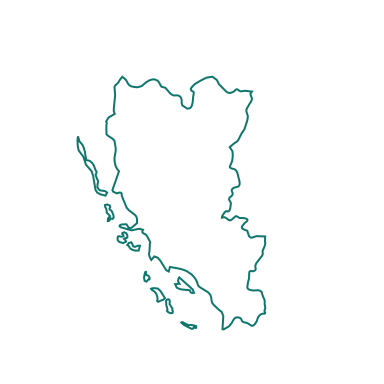 map outline of Villa Clara (Mercator projection), rotated 212°
{"feature_id": "CUB-1431", "entity_name": "Villa Clara", "entity_type": "Province", "adm_level": 1, "iso_a3": "CUB", "parent_name": "Cuba", "parent_adm1": "", "projection": "mercator", "projection_center": [-80.068, 22.547], "detail": "fine", "context": "isolated", "style": "outline", "palette": "teal", "viewbox_px": 384, "rotation_deg": 212, "n_neighbors": 0, "source": "natural_earth", "source_scale": "10m", "svg_char_len": 6025}
<svg xmlns="http://www.w3.org/2000/svg" viewBox="0 0 384 384"><g transform="rotate(212 192 192)"><path d="M93.4,91.8L99.8,103.5L103.5,106.1L106.3,106.3L113.5,107.7L116.2,108.7L117.9,110.3L119.7,112.6L122.1,114.6L125.3,115.5L135.3,115.4L137.5,116.1L140.2,118.5L143.0,120.1L146.0,121.2L149.0,121.9L154.9,122.1L160.4,120.9L171.0,116.8L169.6,112.2L172.6,112.1L182.1,116.8L186.2,118.1L189.8,117.4L190.5,112.8L192.4,113.8L194.3,115.2L195.8,116.9L196.4,118.7L200.4,126.0L200.8,127.3L207.6,131.2L208.5,131.4L211.7,131.2L212.9,131.7L213.4,132.6L213.5,134.0L217.2,132.9L223.0,127.4L233.9,124.3L235.4,124.7L235.4,126.1L233.8,127.7L230.5,129.9L226.4,128.0L224.4,129.5L222.1,136.5L224.0,139.5L225.1,140.8L226.8,141.9L228.7,142.4L236.0,143.1L239.2,144.1L249.6,151.6L250.8,153.4L251.9,153.7L252.9,153.3L254.0,152.3L254.7,151.4L254.9,151.0L259.0,150.5L260.5,151.4L264.9,170.9L267.7,171.9L269.8,173.0L271.7,174.6L273.7,176.8L275.8,179.8L278.2,185.8L279.8,188.6L284.3,193.7L285.3,194.6L288.0,195.1L293.1,195.2L295.2,195.7L299.9,203.1L300.8,205.3L302.2,206.5L302.2,211.1L298.9,217.3L301.0,218.9L302.5,221.3L308.4,233.2L313.5,240.2L313.6,241.6L312.9,244.0L312.5,246.3L312.6,249.4L312.1,252.8L307.5,252.1L303.1,249.7L301.4,249.3L299.2,249.5L296.1,250.7L293.9,251.8L290.8,255.1L289.8,258.5L288.9,260.9L287.6,263.6L286.1,265.6L284.5,267.1L282.5,267.9L280.0,268.2L277.5,267.2L275.9,266.2L273.5,265.1L269.9,266.3L262.6,264.0L261.0,263.9L258.6,264.2L256.1,265.9L254.8,266.6L253.3,266.7L251.4,266.2L249.6,264.6L248.7,263.3L248.0,262.0L246.0,260.3L240.1,260.2L238.2,261.9L237.8,263.2L237.9,265.2L239.0,268.5L241.6,273.6L242.4,275.7L243.0,277.0L243.6,277.6L244.4,277.7L246.3,277.7L247.1,278.1L247.8,279.1L247.6,281.6L246.7,285.2L243.7,291.1L240.2,296.8L235.8,300.6L230.5,300.2L228.0,298.9L227.2,298.2L225.9,297.6L215.6,295.2L213.9,295.4L212.1,296.2L210.3,298.4L209.6,299.9L209.2,301.6L208.8,302.5L207.9,303.1L205.2,302.9L204.0,303.2L200.7,305.9L194.4,308.9L194.5,306.3L194.3,305.9L190.7,303.1L190.1,301.5L189.8,299.6L189.9,296.8L189.7,291.7L189.2,290.1L188.2,288.8L184.9,286.0L183.7,283.7L182.8,281.1L180.9,273.5L180.8,271.9L181.0,268.1L180.3,260.7L180.5,258.9L181.2,257.3L181.8,256.2L183.8,250.0L179.3,248.0L177.1,245.1L175.6,242.3L174.6,240.1L174.1,238.3L173.5,234.0L173.2,233.3L172.8,233.0L172.1,232.8L171.2,232.9L168.5,233.7L167.2,233.8L166.0,233.6L163.8,232.4L157.3,226.1L156.2,224.6L155.6,223.4L155.5,221.3L158.9,217.6L159.5,215.1L159.0,214.2L158.3,213.5L157.1,212.8L156.3,211.4L156.2,210.4L156.5,209.0L157.2,207.3L156.7,205.3L153.3,203.4L152.7,202.4L150.7,197.8L150.5,196.1L150.6,195.1L151.1,194.6L152.9,193.9L153.3,193.0L153.6,191.3L153.6,187.9L153.3,186.7L153.0,186.1L151.7,187.4L151.1,187.8L150.1,188.0L148.9,188.0L146.5,187.7L145.4,187.8L144.8,188.0L144.2,188.7L143.6,190.0L142.2,194.3L141.9,194.8L141.3,195.1L138.0,195.2L137.2,195.5L135.2,196.8L134.0,197.4L132.0,198.1L131.1,198.1L130.3,197.9L130.0,197.4L129.9,196.9L130.0,196.1L130.9,193.5L131.2,191.7L131.3,188.9L130.5,187.9L129.0,187.6L124.6,188.4L120.4,184.9L119.5,184.6L118.0,184.5L117.1,184.9L116.4,185.6L116.0,186.3L113.8,188.8L106.4,193.1L103.9,188.7L102.7,187.5L102.0,185.6L101.5,183.6L101.0,179.8L100.2,178.3L99.4,177.4L99.0,176.6L98.8,175.2L99.7,166.2L99.6,164.5L99.3,163.2L98.5,161.9L97.2,160.6L96.9,159.7L97.1,158.6L98.1,157.2L100.7,155.9L101.0,154.9L100.5,153.5L97.8,148.9L96.6,144.9L94.8,140.9L94.3,140.1L93.0,139.5L91.3,139.6L87.8,140.9L84.3,143.5L83.0,144.1L80.2,144.3L76.6,141.1L73.6,139.2L72.9,138.5L70.7,135.1L68.9,133.1L68.3,132.2L68.0,131.3L67.8,130.0L67.4,129.4L66.1,128.5L65.8,128.0L66.0,127.3L67.3,126.5L68.2,125.6L69.1,124.2L69.6,121.4L69.4,119.9L68.7,116.9L68.6,114.8L68.7,113.3L69.2,111.4L69.8,110.6L70.7,110.1L75.2,110.2L75.9,110.1L78.4,109.2L80.2,108.9L80.9,109.0L81.6,109.4L83.2,110.5L84.0,110.6L85.0,110.5L86.8,110.0L88.1,108.9L89.0,107.4L89.1,104.2L88.9,102.2L89.4,97.8L92.3,92.3L93.4,91.8ZM314.2,175.2L311.2,174.4L309.5,173.7L307.2,172.1L304.5,169.7L298.6,163.0L295.4,164.2L292.1,163.8L289.1,162.3L285.0,159.2L283.9,158.8L283.2,157.9L282.9,155.7L282.3,155.0L279.5,152.8L278.6,152.4L277.2,151.2L276.2,148.5L274.7,145.8L271.4,144.5L266.1,146.7L263.7,146.6L263.4,143.1L268.5,141.5L272.1,141.3L275.0,142.7L284.3,153.2L288.1,156.4L296.3,158.9L302.9,164.4L310.2,167.2L313.7,171.0L316.6,175.3L318.2,178.8L314.2,175.2ZM141.8,107.5L150.4,103.3L154.3,102.8L157.5,104.9L156.6,105.5L154.9,107.0L154.0,107.5L155.6,108.3L156.8,109.4L157.4,110.9L157.5,112.8L139.6,109.7L136.9,107.5L138.0,106.7L139.1,106.2L140.3,106.4L141.8,107.5ZM163.7,81.0L164.8,83.5L166.8,85.6L169.1,87.1L171.6,87.7L174.4,87.8L175.4,88.2L174.9,89.0L173.4,90.3L169.8,92.0L166.2,91.3L158.7,87.7L159.2,85.7L160.1,84.3L161.3,82.9L162.4,81.0L163.7,81.0ZM255.5,132.0L257.9,133.5L258.9,134.8L257.3,136.5L254.6,137.0L253.3,135.8L253.3,134.4L252.8,133.8L252.1,133.4L251.1,133.5L249.9,133.2L246.5,130.8L244.9,128.9L245.1,127.0L247.3,126.4L246.9,125.1L247.1,123.5L248.0,122.8L249.2,125.0L248.7,128.1L249.9,128.5L253.4,129.3L254.4,130.9L255.5,132.0ZM229.5,111.8L230.9,113.8L231.2,115.1L230.1,116.0L228.0,116.7L226.7,118.1L227.5,119.2L229.0,119.5L229.3,120.5L228.0,122.0L225.9,122.2L223.9,121.0L222.7,119.2L223.3,118.1L224.4,117.2L224.8,116.2L223.2,116.0L221.6,115.0L223.3,112.2L227.3,111.1L229.5,111.8ZM154.1,82.7L156.4,86.1L156.2,87.4L155.2,88.5L154.2,88.6L153.0,87.7L151.5,84.9L150.1,84.4L146.7,82.6L146.3,81.7L146.0,81.3L144.9,80.6L144.4,79.0L146.1,77.8L147.4,77.6L148.8,77.5L150.3,77.9L150.3,79.0L151.5,80.4L154.1,82.7ZM217.3,112.8L218.7,112.7L218.6,115.3L216.7,117.2L212.9,114.7L211.2,115.3L209.4,117.9L207.6,118.8L206.2,114.0L208.8,112.4L211.6,111.4L214.5,111.4L217.3,112.8ZM127.4,75.1L129.4,75.1L131.9,75.6L131.6,76.4L130.1,76.8L128.7,76.7L124.2,77.3L122.5,78.7L119.8,79.8L117.4,80.5L117.0,80.1L116.6,78.9L117.3,78.5L118.9,78.7L118.6,77.0L119.5,75.9L122.0,75.5L127.4,75.1ZM187.2,93.8L188.5,96.8L189.2,99.3L188.7,99.8L187.7,98.3L186.9,97.4L185.0,97.8L183.5,97.6L182.5,96.7L181.8,95.6L181.9,95.2L182.5,95.3L182.8,94.2L183.1,91.9L185.0,91.5L187.2,93.8Z" fill="none" stroke="#0f766e" stroke-width="2"/></g></svg>